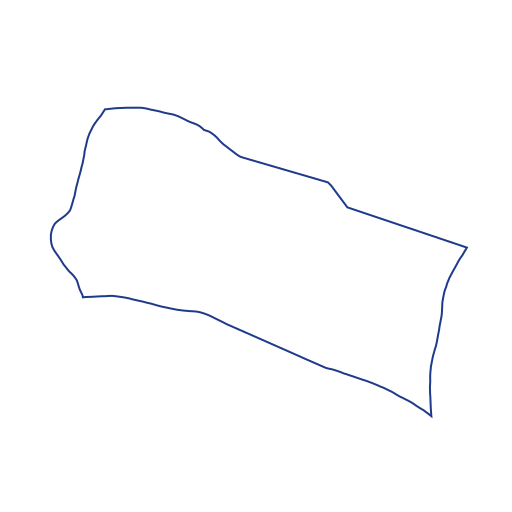 Madghal Al Jid'an, Ma'rib, Yemen (Mercator projection), rotated 11°
{"feature_id": "15242507B52101237320931", "entity_name": "Madghal Al Jid'an", "entity_type": "district", "adm_level": 2, "iso_a3": "YEM", "parent_name": "Yemen", "parent_adm1": "Ma'rib", "projection": "mercator", "projection_center": [45.029, 15.629], "detail": "fine", "context": "isolated", "style": "outline", "palette": "blue", "viewbox_px": 512, "rotation_deg": 11, "n_neighbors": 0, "source": "geoboundaries", "source_scale": "gbopen_adm2", "svg_char_len": 3243}
<svg xmlns="http://www.w3.org/2000/svg" viewBox="0 0 512 512"><g transform="rotate(11 256 256)"><path d="M79.7,140.9L79.2,142.3L78.1,145.0L76.9,148.0L75.5,150.5L74.2,153.0L73.0,155.6L71.8,158.3L70.9,161.1L70.0,164.5L69.2,167.3L68.7,170.3L68.3,173.1L68.1,176.4L68.1,179.3L67.9,182.8L67.8,186.2L68.1,189.1L68.1,192.0L68.1,195.4L68.1,198.3L67.8,201.4L67.7,205.0L67.5,208.2L67.2,211.6L66.9,215.0L66.8,217.9L66.5,221.5L66.4,224.6L66.4,228.6L66.4,232.0L66.0,235.0L65.8,237.9L65.5,241.1L65.1,244.6L64.8,246.4L63.9,248.4L62.1,251.2L60.3,253.5L58.2,255.8L56.9,257.1L54.8,259.4L52.5,262.4L51.4,265.5L50.6,269.9L50.6,274.1L51.4,278.6L52.6,282.4L54.5,286.2L57.1,289.3L60.3,292.4L62.4,294.3L62.5,294.5L64.9,296.9L66.8,298.9L68.9,301.2L71.2,303.1L73.5,305.1L75.7,306.9L78.2,308.4L80.4,310.0L82.6,311.9L84.7,314.0L86.3,316.8L88.0,320.1L89.4,322.5L91.3,325.1L93.1,327.5L94.0,329.6L96.5,328.8L99.5,328.1L102.6,327.4L105.3,326.7L108.1,326.0L112.0,325.0L115.8,324.2L118.7,323.4L122.2,322.6L125.3,322.3L129.0,322.1L132.2,321.9L135.7,321.8L139.5,321.8L143.0,322.1L146.5,322.2L149.4,322.3L152.3,322.3L155.2,322.5L158.6,322.7L162.2,322.8L165.4,323.1L168.9,323.4L171.8,323.6L175.2,323.7L178.8,323.7L182.4,323.8L186.1,323.8L189.0,323.8L192.0,323.6L195.5,323.4L198.9,323.0L201.9,322.7L205.3,322.2L208.4,321.9L211.8,321.9L215.0,322.2L218.3,322.7L221.5,323.3L224.5,324.1L227.3,324.9L230.6,325.8L233.6,326.6L236.9,327.5L240.2,328.5L278.2,337.1L310.2,344.4L324.0,347.6L345.4,352.4L348.3,352.7L352.0,352.7L355.3,353.0L358.4,353.4L361.7,353.9L364.4,354.5L367.7,354.8L370.9,355.3L373.7,355.6L376.4,356.0L379.3,356.4L382.1,356.8L385.1,357.2L388.2,357.5L390.9,358.0L394.0,358.5L397.0,359.1L400.0,359.7L402.7,360.4L405.8,360.9L408.9,361.7L412.2,362.6L415.0,363.3L418.1,364.4L421.0,365.5L423.9,366.5L426.8,367.2L429.5,368.0L432.8,368.9L436.2,370.0L438.8,371.0L441.4,372.2L444.1,373.3L446.7,374.3L449.7,375.3L452.3,376.6L455.1,377.9L457.9,379.4L458.7,379.8L458.2,378.0L457.4,375.0L456.4,371.2L455.5,367.3L454.7,364.0L454.0,360.9L453.1,357.7L452.5,354.7L451.8,351.8L451.4,348.9L450.9,345.4L450.2,342.3L449.6,338.9L449.2,335.3L449.0,333.0L448.8,331.1L448.8,328.2L448.8,323.9L448.8,320.9L449.1,317.0L449.4,313.4L449.8,310.0L449.9,307.0L449.9,303.6L449.8,300.1L449.8,296.7L449.8,293.4L449.6,289.9L449.6,286.9L449.6,283.0L449.6,279.6L449.3,276.3L448.8,272.7L448.3,269.2L447.8,266.2L447.7,262.3L447.7,259.1L447.7,256.2L448.0,253.0L448.6,249.9L448.8,246.8L449.5,243.3L450.1,240.4L451.2,236.7L452.5,232.5L453.7,228.9L454.8,225.5L455.6,222.7L457.0,219.0L458.4,216.0L459.6,212.5L460.6,209.8L461.4,207.5L336.4,190.8L316.4,172.6L312.6,170.0L224.4,161.9L221.5,161.5L218.8,160.5L216.2,159.3L213.7,158.0L211.0,156.7L208.4,155.4L205.7,154.0L202.9,152.7L200.0,150.9L197.6,149.2L195.3,147.4L192.1,145.4L189.2,144.0L186.5,142.9L183.8,142.5L180.9,142.2L178.5,140.7L175.7,139.2L172.8,138.3L169.9,137.7L166.7,137.2L163.7,136.6L160.2,135.6L157.2,134.8L153.6,133.8L150.7,133.3L147.7,132.9L144.4,132.9L141.0,132.9L137.6,132.8L134.4,132.5L131.0,132.4L127.9,132.4L124.5,132.4L121.6,132.2L118.5,132.2L115.7,132.3L112.7,132.8L110.0,133.3L106.5,134.0L103.1,134.7L100.4,135.2L96.8,136.1L93.4,136.9L90.5,137.6L87.4,138.5L84.2,139.5L81.1,140.5L79.7,140.9Z" fill="none" stroke="#1e3a8a" stroke-width="2"/></g></svg>